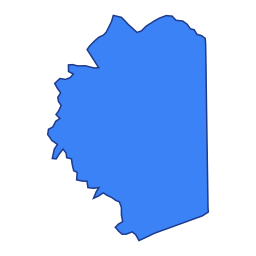 Brejão, Pernambuco, Brazil
{"feature_id": "56859067B36734598843882", "entity_name": "Brejão", "entity_type": "district", "adm_level": 2, "iso_a3": "BRA", "parent_name": "Brazil", "parent_adm1": "Pernambuco", "projection": "robinson", "projection_center": [-36.553, -9.03], "detail": "fine", "context": "isolated", "style": "filled", "palette": "blue", "viewbox_px": 256, "rotation_deg": 0, "n_neighbors": 0, "source": "geoboundaries", "source_scale": "gbopen_adm2", "svg_char_len": 1223}
<svg xmlns="http://www.w3.org/2000/svg" viewBox="0 0 256 256"><path d="M139.0,240.6L154.8,233.1L192.6,219.4L202.5,215.8L208.3,212.0L208.0,207.6L206.4,98.4L206.0,65.9L205.6,43.3L205.2,38.4L201.5,35.6L197.0,34.4L194.2,29.7L190.4,28.8L187.2,24.3L182.7,21.0L176.0,20.3L172.1,16.1L166.2,15.6L159.2,18.2L154.2,21.0L146.1,26.2L141.4,30.9L137.0,32.4L133.1,28.8L128.4,24.6L125.1,21.0L121.4,17.3L113.3,15.4L111.5,21.6L106.3,32.1L103.4,35.1L98.7,37.3L94.5,41.0L89.6,46.0L87.1,49.6L98.7,67.7L94.5,68.0L90.4,67.1L85.7,65.8L77.6,65.9L72.5,64.6L68.4,64.9L68.5,71.5L73.3,74.0L70.2,77.6L65.5,79.4L59.9,78.5L54.7,83.4L57.0,87.7L60.7,93.0L57.8,97.2L58.5,101.5L61.1,105.5L58.8,110.7L56.0,114.6L59.9,118.4L55.8,121.2L52.7,127.1L48.5,129.2L47.7,134.5L51.9,140.5L57.4,144.4L54.3,149.1L52.3,158.5L56.2,158.9L58.9,154.5L63.0,149.1L66.1,153.1L66.7,157.7L71.4,158.8L72.3,164.8L73.7,170.7L77.2,172.4L76.6,179.9L82.6,181.1L87.0,181.2L87.9,187.6L93.5,188.3L98.9,187.6L96.4,191.4L93.5,198.3L98.9,195.8L103.3,192.8L106.6,195.1L112.1,197.7L115.4,200.2L119.4,201.9L121.4,207.5L121.4,215.0L122.7,221.6L118.7,223.9L115.3,227.2L118.5,231.0L122.0,234.2L126.2,234.2L132.1,231.9L135.6,234.5L139.0,240.6Z" fill="#3b82f6" stroke="#1e3a8a" stroke-width="1.5"/></svg>